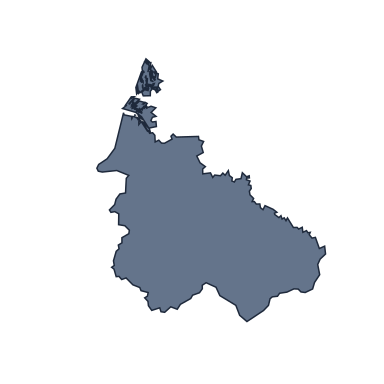 outline of Eloy Alfaro, Esmeraldas, Ecuador, rotated 338°
{"feature_id": "8360857B46981965589636", "entity_name": "Eloy Alfaro", "entity_type": "district", "adm_level": 2, "iso_a3": "ECU", "parent_name": "Ecuador", "parent_adm1": "Esmeraldas", "projection": "orthographic", "projection_center": [-78.985, 0.866], "detail": "fine", "context": "isolated", "style": "filled", "palette": "slate", "viewbox_px": 384, "rotation_deg": 338, "n_neighbors": 0, "source": "geoboundaries", "source_scale": "gbopen_adm2", "svg_char_len": 5865}
<svg xmlns="http://www.w3.org/2000/svg" viewBox="0 0 384 384"><g transform="rotate(338 192 192)"><path d="M292.6,299.5L294.7,291.9L288.9,292.1L289.4,280.3L286.0,279.7L284.7,275.5L286.5,273.7L284.2,273.2L283.7,270.7L279.7,270.9L281.0,266.0L277.0,266.3L276.2,264.2L272.7,262.9L270.8,251.8L268.4,253.8L267.8,250.5L265.4,250.8L265.6,247.3L263.0,248.3L260.3,243.9L260.5,242.5L263.1,242.6L260.7,238.4L254.6,232.0L251.2,235.0L249.6,232.2L250.4,228.5L247.1,227.3L246.2,224.2L244.2,223.4L246.7,221.1L244.7,216.3L245.5,212.7L248.2,211.0L249.0,208.0L247.0,206.5L249.9,203.6L247.0,201.0L247.9,199.6L250.5,200.4L251.1,198.4L248.3,198.3L245.9,193.0L242.4,198.0L237.5,196.7L235.0,198.6L233.1,196.7L234.7,193.9L232.8,190.7L233.7,185.8L229.0,188.9L227.7,186.0L224.5,187.6L219.4,184.8L216.7,186.3L216.3,181.2L208.8,179.2L210.5,174.7L213.9,173.5L210.4,167.9L209.9,160.4L217.2,159.6L217.9,152.9L221.7,149.5L218.0,146.2L218.8,142.9L198.0,135.2L196.2,131.2L193.4,132.4L193.3,135.5L184.7,136.5L182.0,135.2L180.6,131.5L176.6,131.8L178.8,125.5L177.7,122.3L174.1,121.6L175.6,121.2L173.5,118.9L171.3,107.7L168.0,109.5L169.0,106.9L170.8,106.6L169.2,105.1L168.8,102.5L168.2,102.3L166.7,100.6L165.0,99.6L164.6,100.4L164.0,100.6L164.1,100.9L163.9,101.4L163.6,101.6L163.9,100.5L164.8,99.6L157.9,95.0L158.2,92.9L136.8,122.6L125.8,129.4L115.8,131.5L112.7,134.3L112.9,137.6L116.3,139.9L130.3,143.9L139.6,152.9L136.2,154.7L130.0,168.0L124.4,166.8L118.9,170.2L115.6,174.7L108.7,177.7L109.2,180.5L113.1,181.3L115.9,184.8L111.7,194.8L117.1,198.1L119.6,204.0L117.8,207.0L109.9,208.1L108.0,212.9L103.8,213.6L103.1,217.3L99.5,218.6L93.4,226.4L92.4,231.0L89.3,231.7L90.8,234.3L90.0,242.1L92.7,242.9L94.0,246.8L98.7,247.0L102.4,255.9L107.8,261.0L107.8,264.4L113.7,268.8L111.6,271.9L108.5,272.4L110.2,276.9L109.0,281.1L110.3,286.7L118.7,287.3L118.4,291.4L121.6,293.3L129.3,290.5L134.4,295.2L139.2,291.8L150.9,290.3L153.9,287.9L161.2,288.2L165.3,285.6L166.6,282.3L171.1,281.4L178.6,289.3L179.0,298.5L190.2,313.5L190.0,324.2L194.4,332.7L213.9,328.7L220.4,325.8L224.4,320.2L227.2,319.3L232.2,320.7L235.3,318.7L242.5,320.4L250.2,320.0L254.1,321.8L255.6,325.5L259.3,327.6L267.5,327.1L271.7,321.8L279.4,316.5L281.4,306.3L285.7,302.2L292.6,299.5ZM200.6,54.1L199.2,51.3L192.4,57.6L191.2,61.6L191.8,61.2L192.5,62.1L192.1,63.7L191.7,61.4L190.3,64.3L187.9,66.5L188.0,69.4L187.0,70.2L187.1,70.4L188.0,70.4L188.3,70.6L187.8,72.0L186.9,70.4L186.0,71.9L187.7,68.8L185.4,70.4L187.5,67.0L185.8,68.2L190.6,61.2L179.1,74.1L177.4,80.4L178.3,79.9L179.1,76.5L180.8,73.0L181.4,72.6L179.4,80.6L181.0,80.1L180.6,79.3L180.4,77.9L181.3,80.4L185.9,78.6L185.3,78.0L185.3,76.6L185.9,74.8L186.3,74.5L185.4,77.9L188.9,80.7L189.0,79.6L187.4,78.8L187.2,77.6L189.8,77.0L188.9,75.3L189.4,74.8L190.6,74.8L191.2,71.1L192.5,70.2L191.7,68.8L191.6,68.1L193.2,66.7L191.9,68.7L193.1,70.2L190.8,74.9L189.1,75.3L190.1,77.0L187.4,78.4L189.2,79.4L189.5,81.1L190.7,77.3L191.7,75.7L196.1,78.5L196.4,77.1L197.7,77.3L196.3,78.7L194.7,78.0L194.8,79.1L193.3,80.3L194.5,79.9L197.8,81.2L195.4,81.7L193.8,81.0L196.1,83.7L197.5,82.9L198.0,83.6L198.1,82.5L199.2,82.4L198.1,83.7L196.2,83.8L196.5,86.7L198.3,86.5L197.2,86.1L198.6,84.2L198.9,85.8L201.1,85.3L200.2,81.3L201.9,78.9L206.5,78.2L202.6,74.2L205.0,69.8L201.9,66.9L202.7,69.5L201.2,71.8L200.7,72.0L199.7,70.9L198.6,71.4L198.8,72.2L199.7,72.4L199.9,72.7L199.5,73.8L200.5,73.8L199.3,74.4L198.5,72.0L198.8,68.4L195.9,72.9L197.6,75.3L195.5,73.3L196.4,70.0L200.1,64.8L199.3,65.2L198.2,64.8L198.1,66.7L197.2,66.8L197.5,67.7L196.6,68.3L196.9,66.9L198.0,64.7L199.6,64.7L198.9,62.5L202.3,56.7L198.5,55.8L199.4,57.1L199.8,58.8L196.0,64.4L199.7,58.8L198.3,55.7L200.9,55.3L199.3,53.4L199.1,54.0L198.4,53.7L198.6,54.3L198.5,54.5L197.7,54.3L198.1,54.7L197.8,55.2L197.6,54.4L197.9,54.2L198.5,54.4L198.3,53.7L199.1,53.3L200.6,54.1ZM171.8,96.1L170.1,97.9L173.4,103.2L175.9,116.6L183.5,118.0L185.0,113.1L181.5,112.3L180.6,110.4L183.3,107.9L187.0,108.4L183.9,102.9L190.0,100.4L186.1,97.1L183.6,97.2L181.7,96.0L181.5,98.1L181.3,96.2L178.8,96.0L178.7,95.5L176.7,97.2L176.1,96.6L176.0,95.9L174.8,96.9L174.6,96.8L174.4,95.9L173.8,96.1L173.3,97.2L172.7,97.5L172.9,97.9L173.6,97.1L174.3,97.1L174.5,97.3L174.2,98.2L174.8,98.2L174.7,99.8L175.0,99.8L174.9,99.2L175.3,98.7L175.9,98.8L175.2,99.0L175.1,99.8L174.7,99.9L173.9,98.7L174.2,97.3L172.8,98.2L171.8,96.1ZM171.4,81.0L161.9,87.2L164.2,87.0L158.9,88.6L169.9,97.3L171.9,94.9L169.7,93.7L169.8,92.7L170.2,92.3L171.8,91.9L170.6,89.9L169.8,91.1L168.8,91.0L168.8,91.5L168.4,92.2L167.8,92.1L168.8,90.9L169.8,91.0L167.9,90.3L178.0,86.3L173.8,83.4L172.4,84.8L170.9,85.3L171.3,86.6L170.6,87.2L171.4,87.6L171.3,87.8L170.6,88.2L170.0,88.1L169.7,88.4L167.7,89.0L170.0,88.0L171.3,87.7L170.5,87.3L170.7,85.5L171.2,84.8L172.2,84.7L172.2,84.2L167.2,86.9L166.8,86.9L166.7,86.5L166.2,86.7L173.2,83.4L173.4,82.0L169.8,82.5L173.7,81.9L171.4,81.0ZM177.4,88.0L171.9,90.1L173.2,91.6L170.1,92.7L173.3,95.0L172.8,97.2L174.5,95.3L174.7,96.8L176.1,95.8L176.8,97.1L177.8,95.5L178.7,95.4L179.0,95.9L179.1,94.7L179.7,94.5L180.2,94.6L180.6,94.8L180.9,95.3L180.8,95.6L180.1,95.7L181.3,96.1L180.9,94.6L183.6,93.1L182.1,91.3L180.9,92.3L180.0,92.4L179.4,92.0L181.8,91.4L177.4,88.0ZM194.7,79.1L191.5,76.4L192.2,77.9L191.1,77.2L190.6,79.8L189.2,81.5L186.4,79.4L182.8,80.7L182.8,84.6L189.4,87.1L191.2,82.9L193.5,81.7L193.2,80.0L194.7,79.1ZM202.6,59.8L199.2,62.7L200.4,64.9L198.8,69.6L200.9,71.9L202.6,69.5L201.6,67.0L202.9,66.6L204.1,68.1L202.6,59.8ZM175.9,120.1L176.2,117.5L172.4,107.8L173.7,117.9L175.9,120.1ZM173.5,107.0L173.0,103.1L170.9,100.9L170.9,102.0L173.5,107.0ZM170.9,106.1L170.5,104.2L169.7,103.2L169.5,104.8L170.9,106.1ZM181.7,95.7L182.1,94.6L181.0,94.6L181.7,95.7ZM180.7,95.5L179.3,94.7L179.2,95.6L180.7,95.5ZM194.0,80.8L195.5,81.1L194.4,80.0L194.0,80.8ZM168.1,102.2L168.6,102.1L167.5,101.2L168.1,102.2ZM167.8,99.6L168.2,99.5L167.4,98.7L167.8,99.6Z" fill="#64748b" stroke="#1e293b" stroke-width="1.5"/></g></svg>